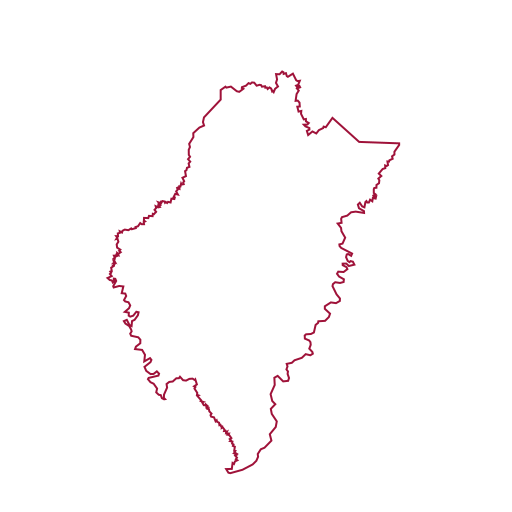 Puerto López, Meta, Colombia (Robinson projection), rotated 132°
{"feature_id": "7082276B57935964838020", "entity_name": "Puerto López", "entity_type": "district", "adm_level": 2, "iso_a3": "COL", "parent_name": "Colombia", "parent_adm1": "Meta", "projection": "robinson", "projection_center": [-72.727, 4.039], "detail": "fine", "context": "isolated", "style": "outline", "palette": "rose", "viewbox_px": 512, "rotation_deg": 132, "n_neighbors": 0, "source": "geoboundaries", "source_scale": "gbopen_adm2", "svg_char_len": 6153}
<svg xmlns="http://www.w3.org/2000/svg" viewBox="0 0 512 512"><g transform="rotate(132 256 256)"><path d="M141.8,209.1L140.7,207.9L137.8,208.9L137.5,206.2L134.7,208.0L133.3,205.5L131.2,206.7L133.2,208.0L132.6,209.3L130.2,208.5L130.4,210.6L127.5,213.2L126.3,213.6L124.7,212.2L122.6,214.0L119.6,213.3L117.2,215.0L116.6,216.9L112.7,216.4L112.6,219.9L106.6,220.1L104.2,218.7L102.3,220.6L101.7,219.1L100.1,218.7L97.8,221.6L96.8,220.3L95.6,220.9L92.3,219.5L90.9,221.6L88.0,221.0L85.9,222.9L77.7,223.9L76.5,225.0L102.2,255.7L102.2,291.6L113.6,290.3L114.6,292.3L116.0,291.7L120.4,293.5L124.6,293.2L125.7,297.4L131.2,298.2L129.0,301.9L126.3,300.9L125.2,302.0L126.6,306.0L126.4,308.3L123.9,305.8L121.9,305.8L122.5,309.0L120.8,310.6L122.5,311.9L120.2,317.7L117.9,319.4L120.2,321.0L117.4,325.2L115.6,323.5L112.9,326.3L112.6,329.0L114.2,330.4L108.5,334.2L104.5,334.9L104.1,337.6L101.1,336.1L100.6,337.5L102.9,338.7L102.6,340.2L100.6,339.2L96.5,340.7L98.2,342.1L98.5,343.7L95.8,350.6L101.5,352.2L101.7,353.5L100.1,356.1L102.2,357.3L101.1,358.6L101.4,360.0L105.2,360.1L107.4,362.8L110.7,358.5L114.0,357.0L115.3,353.1L119.0,353.7L122.4,352.5L122.1,354.0L122.9,354.1L121.4,356.8L121.7,358.8L124.1,359.1L123.5,360.8L124.7,361.7L123.8,362.9L126.2,364.9L125.6,366.5L126.4,367.9L129.0,369.5L128.4,373.3L129.7,375.1L131.9,375.4L132.5,377.2L136.1,377.4L139.9,379.4L140.7,378.9L140.3,377.3L145.2,378.3L146.4,380.5L146.9,388.0L150.7,390.7L150.6,392.0L156.3,393.3L163.4,386.9L187.8,387.4L192.0,385.0L193.8,381.9L198.4,384.0L206.7,384.8L209.5,382.1L217.4,380.7L219.2,378.0L222.0,377.1L225.8,373.6L226.4,371.4L229.5,371.3L229.9,368.0L232.3,368.0L234.3,365.1L236.6,366.3L238.8,365.1L240.4,365.5L243.5,361.5L247.1,363.0L248.5,359.4L250.1,359.3L251.0,357.8L252.7,359.1L252.3,360.1L254.9,358.7L255.5,359.6L257.3,357.8L257.9,359.4L257.2,359.8L258.2,360.2L259.0,358.6L261.4,358.6L262.6,355.2L263.9,357.6L267.5,356.6L266.9,355.5L268.3,354.8L270.0,357.2L273.4,355.3L274.6,357.6L276.1,357.5L276.2,359.0L277.3,359.2L276.6,360.3L277.8,362.3L280.0,361.9L279.6,362.9L280.7,362.8L281.4,364.4L282.1,361.1L283.1,361.5L283.0,363.0L284.4,362.2L283.6,361.5L283.9,360.2L285.3,361.2L286.1,363.9L287.2,362.3L289.6,362.3L290.1,359.0L290.4,359.9L293.2,359.8L293.7,360.9L295.6,359.5L297.8,362.4L299.9,361.4L302.6,364.7L304.6,363.1L304.5,361.6L305.9,362.2L307.3,360.5L308.9,362.3L309.0,364.1L312.9,363.6L315.1,364.9L315.7,364.0L319.2,366.2L319.0,367.2L322.2,368.1L324.2,371.2L326.6,372.1L328.2,371.3L328.8,373.8L329.7,372.6L331.7,373.8L333.6,371.8L334.8,373.2L335.2,371.5L336.8,371.2L335.8,370.6L337.5,367.8L340.6,367.3L342.7,364.8L342.1,361.1L343.7,361.2L343.7,359.1L346.4,359.7L346.5,360.5L347.1,359.4L347.3,361.1L348.2,360.8L348.2,358.9L350.5,360.0L349.8,360.8L350.8,361.8L351.6,359.9L353.2,360.0L352.8,359.0L354.2,358.5L354.8,356.8L355.1,358.1L355.9,356.7L356.9,357.1L356.6,355.7L358.2,355.5L357.6,354.4L358.9,356.0L359.3,355.2L361.6,355.8L363.7,353.1L365.0,353.8L365.2,352.5L366.8,352.2L367.0,353.4L367.5,349.8L371.7,351.6L371.7,348.6L370.6,346.7L371.5,344.7L369.7,344.5L367.9,346.5L367.1,345.3L368.1,343.2L374.0,341.9L374.6,340.7L369.8,337.6L367.4,334.2L373.5,330.9L371.4,328.0L372.6,325.7L377.1,324.6L377.3,322.8L375.7,319.8L376.9,316.4L379.8,315.4L385.3,316.1L383.2,312.6L385.5,310.7L385.2,308.9L382.5,307.3L377.5,307.6L376.4,305.6L379.1,304.1L384.7,303.5L387.3,304.6L391.3,301.6L391.9,304.0L389.9,309.3L392.8,310.6L393.6,307.8L392.9,303.3L394.2,299.6L395.2,298.0L397.9,297.5L398.8,295.4L395.2,289.1L395.6,285.9L398.3,283.6L403.7,284.6L406.1,283.6L402.0,277.8L403.7,272.4L409.1,268.5L402.8,266.4L403.2,264.2L405.5,263.4L413.0,264.7L414.8,260.7L414.3,255.4L412.2,253.2L408.1,252.5L408.3,249.3L410.2,248.5L418.4,254.2L419.8,253.9L420.4,250.0L419.4,246.6L420.7,240.8L424.1,238.9L424.2,235.4L423.1,233.7L424.6,230.8L424.0,228.4L423.2,227.8L423.1,229.5L420.6,231.6L413.3,234.0L411.0,236.8L407.6,236.2L405.0,233.9L400.2,233.4L398.4,231.5L396.6,231.7L397.1,227.1L395.4,224.6L391.9,223.3L389.6,221.1L389.1,218.3L388.4,218.4L391.0,214.0L394.3,214.8L394.0,213.3L395.7,213.0L397.0,208.1L398.6,207.0L398.1,205.6L399.2,206.1L399.9,200.3L400.8,200.1L399.7,197.5L400.8,198.0L401.8,195.0L400.6,193.5L399.9,194.0L399.9,191.6L401.1,192.2L402.0,191.2L401.0,189.8L402.0,189.7L401.4,188.4L402.7,186.7L402.9,183.6L404.7,183.3L405.4,181.9L404.0,179.2L405.9,175.4L404.4,175.3L405.2,174.0L404.6,171.9L406.2,170.0L405.2,169.5L406.0,167.8L405.4,167.2L406.6,166.4L405.6,166.1L406.2,163.1L407.4,162.6L406.3,161.6L407.1,160.3L406.2,160.0L407.8,159.5L406.2,157.5L407.8,157.5L407.0,156.2L407.8,152.5L409.6,153.0L409.7,151.4L410.9,151.4L409.7,149.3L411.4,148.3L411.1,146.6L412.6,146.1L411.9,144.1L415.3,141.9L414.7,140.9L416.3,140.6L416.0,138.6L417.2,139.6L416.8,137.4L418.3,137.9L418.6,135.2L420.5,135.0L420.3,133.2L422.8,134.2L425.3,133.2L425.5,134.9L430.4,131.5L434.3,135.6L435.5,131.5L434.6,129.8L423.9,123.0L413.1,119.0L408.0,118.7L403.8,120.1L402.0,122.2L396.4,123.1L392.8,121.4L382.9,121.0L379.2,126.5L369.9,126.9L365.0,129.9L362.8,138.6L359.7,142.7L353.2,142.5L352.9,146.9L348.9,152.7L339.3,155.8L334.2,160.9L330.6,159.7L331.0,151.9L327.3,148.6L324.6,149.8L322.5,153.6L320.4,155.0L319.9,157.5L317.0,158.7L315.6,161.0L311.4,157.9L307.7,157.6L301.0,153.8L295.7,153.4L293.4,149.2L290.6,148.4L289.6,149.9L289.2,154.4L285.4,155.9L283.6,157.9L283.2,160.0L284.7,164.4L282.5,166.6L280.7,166.4L277.2,163.0L274.1,161.8L267.3,165.6L264.2,165.1L262.8,166.0L258.0,161.3L252.6,161.0L249.3,162.4L249.2,169.5L247.3,171.2L240.4,169.3L237.5,165.0L233.3,163.6L231.4,165.2L230.6,170.5L227.2,179.0L225.4,180.0L222.5,179.6L219.8,175.5L216.7,173.5L214.5,175.1L215.7,180.5L215.0,183.9L212.6,184.4L209.3,180.2L204.6,179.3L203.7,181.3L204.8,185.4L203.7,186.5L201.2,183.8L201.3,180.3L196.6,177.1L195.4,180.2L196.5,182.3L198.0,182.4L198.3,184.5L196.6,188.3L194.1,189.6L192.9,188.9L192.2,185.4L189.9,186.2L193.0,198.1L192.7,200.5L191.6,201.8L188.9,200.0L182.7,202.0L180.4,209.1L178.2,211.6L177.2,217.0L174.1,214.6L171.4,217.6L169.6,218.1L164.9,215.2L159.9,214.6L156.3,211.6L151.7,204.5L150.4,205.8L151.6,211.4L149.6,214.7L147.0,214.5L148.1,210.3L147.3,208.0L142.7,210.8L141.3,210.7L141.8,209.1Z" fill="none" stroke="#9f1239" stroke-width="2"/></g></svg>